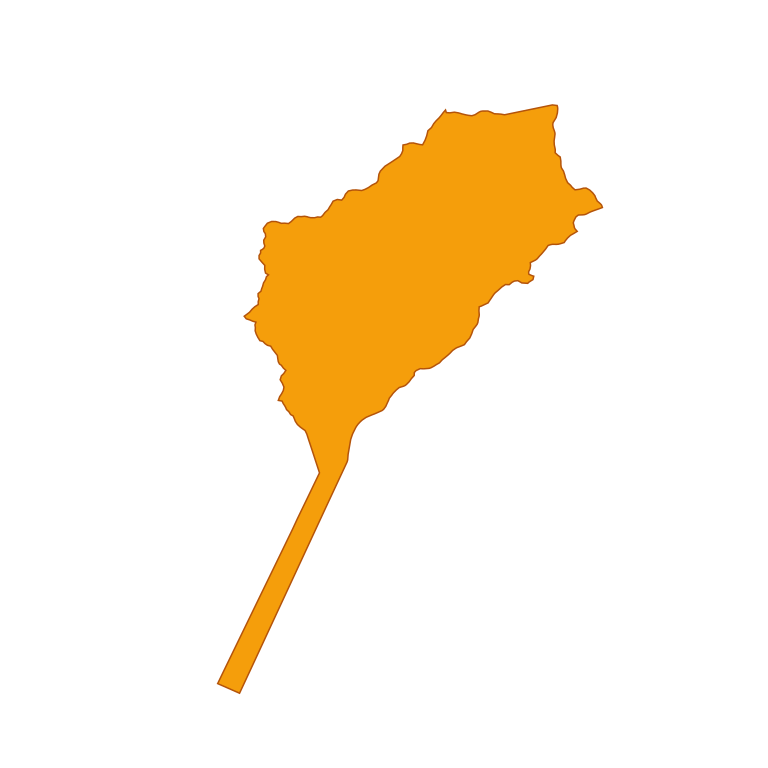 Rangwe, Nyanza, Kenya (Robinson projection), rotated 247°
{"feature_id": "3690345B99365267658233", "entity_name": "Rangwe", "entity_type": "district", "adm_level": 2, "iso_a3": "KEN", "parent_name": "Kenya", "parent_adm1": "Nyanza", "projection": "robinson", "projection_center": [34.574, -0.513], "detail": "fine", "context": "isolated", "style": "filled", "palette": "amber", "viewbox_px": 768, "rotation_deg": 247, "n_neighbors": 0, "source": "geoboundaries", "source_scale": "gbopen_adm2", "svg_char_len": 4503}
<svg xmlns="http://www.w3.org/2000/svg" viewBox="0 0 768 768"><g transform="rotate(247 384 384)"><path d="M610.7,544.6L609.0,541.7L607.5,538.8L605.9,534.8L604.2,531.5L601.5,527.9L600.0,523.4L595.8,520.3L592.3,517.0L589.1,513.0L590.5,510.5L592.1,508.3L594.4,505.2L595.7,501.8L595.8,498.5L596.6,494.9L594.5,493.8L591.5,492.5L589.1,490.1L587.3,487.4L586.5,483.4L585.2,476.5L584.1,470.0L581.4,463.8L579.1,461.3L575.9,459.4L573.5,458.0L572.1,455.6L571.8,450.7L570.9,446.5L570.6,442.5L570.8,439.1L573.5,434.2L574.8,430.9L575.6,426.6L573.8,422.7L571.4,420.2L569.8,416.9L572.1,413.1L572.2,408.6L569.8,405.5L568.2,403.1L566.3,400.6L565.0,396.8L562.9,393.1L562.3,390.8L563.7,388.2L564.2,385.0L565.8,381.4L567.1,379.6L568.0,378.6L569.4,376.5L570.4,373.2L571.9,370.1L571.6,366.6L570.7,364.4L569.8,362.1L569.0,358.8L570.9,355.3L572.1,352.1L573.8,350.4L575.8,347.9L577.5,344.1L577.6,339.5L575.8,336.2L574.3,333.7L571.3,333.0L568.7,333.5L565.7,332.6L563.4,329.5L560.7,328.5L557.6,328.2L556.1,326.7L555.4,324.6L555.2,322.6L552.8,321.6L551.1,319.2L548.0,317.9L544.5,319.0L542.4,319.7L539.8,320.6L536.3,319.0L532.4,318.3L529.6,320.3L528.7,317.7L526.3,315.7L524.1,312.6L521.2,310.3L519.6,308.7L517.5,307.0L516.4,303.4L513.7,302.3L511.4,302.3L509.0,300.4L506.3,299.3L505.6,295.3L504.4,291.8L502.6,288.3L501.8,285.2L501.0,281.8L497.8,282.7L495.5,285.4L493.0,287.8L491.0,290.3L488.8,288.3L486.1,287.6L483.3,286.2L480.0,285.9L476.3,286.1L472.4,286.7L470.5,289.2L467.6,290.3L465.2,291.8L463.1,294.5L459.6,295.0L456.2,295.9L452.0,297.0L448.7,296.1L445.8,295.4L443.2,295.6L441.4,296.8L437.9,297.6L434.9,299.0L432.8,295.8L431.6,292.7L428.5,290.1L424.6,290.7L420.3,290.7L417.4,288.8L415.0,285.9L413.1,283.0L410.2,280.3L408.1,283.5L405.4,283.6L402.8,284.1L400.7,284.3L398.5,284.3L395.6,285.6L392.4,286.1L390.1,287.9L387.4,287.9L384.3,287.8L380.5,288.5L377.1,290.1L374.2,291.8L372.0,293.2L368.1,293.4L361.5,292.8L350.5,291.9L327.4,289.9L312.1,272.5L293.8,251.6L286.1,243.1L255.0,207.5L240.1,190.4L182.5,124.4L173.2,113.8L155.8,130.2L175.6,152.2L290.6,279.5L291.7,280.7L326.6,319.5L328.3,320.9L333.3,323.5L346.0,331.7L349.7,335.0L350.6,335.9L351.9,337.4L354.9,340.9L355.9,342.3L357.1,344.3L358.5,347.4L359.4,350.0L360.3,354.6L360.3,361.0L360.2,363.3L360.2,365.9L360.3,371.7L360.8,373.7L362.7,376.9L364.3,378.6L367.2,381.8L368.9,383.4L370.7,386.8L371.5,388.0L372.3,389.6L373.7,393.0L374.8,396.6L374.6,398.6L374.3,401.3L374.4,403.1L374.8,404.5L376.2,407.9L377.4,409.9L378.2,411.2L380.0,415.1L382.7,416.4L383.8,418.7L384.0,423.3L383.2,424.9L382.5,426.4L381.3,430.0L380.7,431.9L380.6,433.5L380.9,437.0L381.4,439.8L381.8,443.3L383.5,447.0L383.9,448.3L384.3,449.8L385.3,453.1L385.8,454.7L386.6,456.9L388.1,460.3L388.8,463.7L389.0,465.3L388.9,467.6L388.8,470.5L388.8,473.4L390.6,476.3L392.8,480.9L395.9,484.3L399.4,487.4L401.5,491.3L402.6,493.1L403.9,494.4L407.3,496.5L408.9,497.8L410.4,498.7L414.3,500.0L417.9,501.8L417.7,503.7L418.0,511.6L418.9,512.8L420.8,515.8L422.9,519.0L423.8,520.5L424.5,522.0L425.6,525.6L426.6,528.4L427.3,530.4L428.1,534.7L427.3,536.3L426.5,538.1L427.6,541.7L427.8,544.3L426.8,547.6L424.5,549.4L423.2,550.3L420.5,555.6L421.2,557.5L421.9,561.9L424.7,564.0L425.9,562.6L428.3,560.3L429.6,560.5L430.9,561.1L432.8,563.3L434.4,564.3L435.6,565.1L438.6,566.1L438.7,568.5L438.9,571.9L439.4,573.9L441.3,577.7L441.9,579.2L442.9,581.3L445.0,585.4L447.4,589.2L447.2,591.5L446.8,593.6L445.1,597.4L444.5,599.3L444.2,601.3L443.8,605.1L445.0,606.9L446.6,609.9L448.0,613.7L448.4,617.3L449.0,621.5L452.4,620.4L453.8,620.4L455.1,620.7L458.4,621.2L460.1,622.7L462.8,625.9L463.6,628.9L461.9,633.5L461.5,635.0L461.4,636.8L461.7,640.4L461.7,642.5L461.5,646.8L461.3,649.6L461.1,654.0L463.6,654.2L465.2,653.7L469.1,651.8L472.8,651.6L474.9,651.7L478.4,650.8L482.2,649.1L485.3,646.7L486.3,644.3L486.8,640.3L487.5,637.8L488.1,635.7L491.7,634.0L494.0,633.4L497.6,631.7L502.3,631.5L503.7,631.7L505.6,632.0L509.8,632.4L513.4,631.8L514.6,631.9L516.7,632.5L520.1,633.9L524.1,634.9L526.4,633.5L530.0,631.9L531.8,632.8L533.1,633.3L537.6,634.2L541.2,635.5L542.7,636.4L544.0,637.2L547.3,639.1L548.6,639.5L550.3,639.7L553.8,639.9L556.6,640.6L558.5,641.7L560.7,644.8L562.0,646.6L565.7,649.5L569.3,651.4L571.1,652.0L572.7,652.2L575.1,648.0L584.7,600.2L586.7,597.1L587.8,595.0L589.6,591.2L592.2,588.9L594.7,586.3L596.7,581.5L597.2,579.6L597.1,577.6L596.3,573.0L596.6,569.7L598.3,566.7L599.7,564.6L602.3,561.1L603.2,560.1L604.6,558.3L606.7,555.0L607.9,550.5L609.5,547.4L612.2,547.7L610.7,544.6Z" fill="#f59e0b" stroke="#b45309" stroke-width="1.5"/></g></svg>